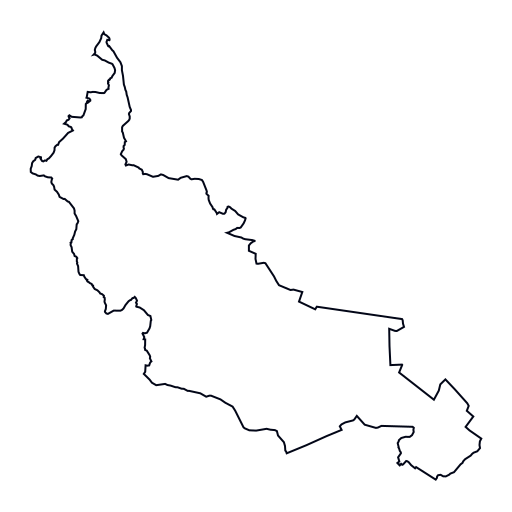 outline of Dalnic, Covasna, Romania
{"feature_id": "2599482B83392942067718", "entity_name": "Dalnic", "entity_type": "district", "adm_level": 2, "iso_a3": "ROU", "parent_name": "Romania", "parent_adm1": "Covasna", "projection": "mercator", "projection_center": [25.968, 45.934], "detail": "fine", "context": "isolated", "style": "outline", "palette": "ink", "viewbox_px": 512, "rotation_deg": 0, "n_neighbors": 0, "source": "geoboundaries", "source_scale": "gbopen_adm2", "svg_char_len": 5913}
<svg xmlns="http://www.w3.org/2000/svg" viewBox="0 0 512 512"><path d="M435.7,479.6L436.9,477.9L437.1,476.5L438.1,475.2L440.6,474.8L443.2,476.3L445.8,476.4L449.2,474.7L450.3,473.6L454.0,472.2L460.6,464.3L462.5,462.9L463.2,461.3L465.1,459.2L470.7,455.6L472.1,453.9L473.6,452.7L477.3,451.3L480.0,448.1L479.5,445.0L479.9,441.3L481.3,438.6L469.5,430.4L465.6,426.9L473.3,416.5L466.8,410.8L468.7,405.9L467.3,403.3L454.6,389.1L445.4,379.4L440.3,384.4L438.8,390.6L433.9,399.7L399.1,372.5L402.2,364.9L402.0,364.6L390.4,365.1L389.5,346.1L389.2,328.8L395.0,330.9L396.8,331.0L404.0,326.9L403.0,323.6L402.7,320.4L402.1,319.1L316.8,306.7L315.2,309.3L299.0,301.6L302.3,292.0L293.5,289.6L290.5,290.0L279.0,285.2L276.2,280.8L274.0,276.4L265.4,263.2L263.7,262.8L257.9,263.8L256.5,263.6L255.5,258.9L255.7,253.8L248.9,250.8L248.9,245.5L250.7,243.3L253.5,241.3L255.3,241.0L252.4,240.1L245.2,239.2L243.2,238.6L241.4,237.5L234.5,236.0L227.1,232.8L229.0,232.3L233.5,229.8L235.6,229.1L237.2,227.9L239.5,228.0L240.7,227.5L243.6,223.4L245.0,220.4L245.6,218.3L245.4,217.9L243.3,217.3L238.1,214.4L235.2,211.0L231.4,208.6L230.2,207.3L228.6,206.5L227.6,206.8L227.3,208.2L226.2,209.6L225.6,212.3L224.4,213.7L223.0,213.8L219.2,212.2L217.0,213.9L216.8,213.1L214.3,209.3L213.4,209.3L213.0,208.8L212.5,207.1L210.1,203.5L208.7,199.9L208.5,198.0L208.6,195.8L206.4,193.7L206.4,193.0L206.9,191.9L206.5,190.4L203.1,181.8L201.9,180.0L198.8,179.0L194.7,178.8L191.5,179.3L190.4,178.8L188.4,176.6L186.7,176.1L180.7,177.8L178.1,179.7L168.6,178.1L163.2,175.0L160.9,174.4L158.3,175.9L153.0,176.8L146.9,174.2L145.1,173.9L143.2,174.2L142.8,173.5L142.8,171.9L141.8,169.7L139.2,168.4L138.7,167.6L133.6,165.2L132.5,165.3L128.6,164.5L125.9,165.5L125.4,164.4L126.6,161.8L125.8,159.1L121.6,155.4L120.8,154.2L122.2,151.2L123.6,149.6L123.9,148.5L123.6,147.7L123.6,146.1L124.7,144.9L124.8,142.1L126.0,141.3L124.0,137.8L122.8,132.6L122.1,131.5L122.1,127.3L122.8,125.9L128.3,121.0L129.3,119.7L129.7,118.5L129.7,116.4L128.9,114.0L129.2,113.0L131.0,111.0L131.0,110.0L129.7,106.9L127.6,97.4L126.7,94.8L126.2,91.5L125.4,89.9L124.8,87.1L123.9,84.6L123.0,75.9L121.9,70.2L121.9,66.1L120.4,62.2L117.0,57.7L113.4,51.2L112.3,50.3L109.2,46.1L108.6,46.4L108.2,46.1L106.6,42.7L106.5,42.0L107.3,39.8L109.4,40.2L109.6,39.8L109.4,38.4L109.0,37.7L106.5,35.4L104.3,34.2L103.6,32.4L101.5,35.6L101.2,38.2L99.4,42.1L96.1,46.5L95.3,48.1L94.8,50.0L95.2,51.5L95.2,52.9L93.7,54.6L94.4,54.4L97.2,55.6L102.2,59.8L104.7,60.4L108.7,62.6L111.8,63.7L112.5,64.2L114.5,68.0L115.1,70.2L114.7,72.9L112.4,76.0L111.6,77.7L110.3,78.3L109.9,79.4L109.4,79.4L108.8,79.9L108.9,80.3L108.1,80.8L108.0,81.5L108.4,82.5L108.0,82.9L108.0,83.5L108.9,85.2L108.4,87.9L108.6,88.8L106.6,89.8L104.4,92.9L103.8,93.1L99.7,93.0L95.5,92.0L92.7,91.9L90.7,92.3L87.7,91.9L86.7,97.3L86.5,97.7L89.4,98.6L90.3,99.9L90.3,100.7L88.3,102.3L88.1,100.9L87.7,100.7L87.0,101.8L86.8,102.9L85.8,104.0L85.7,109.1L83.4,115.4L82.2,116.4L81.8,117.3L80.5,117.5L71.7,116.8L69.4,115.3L68.6,116.0L68.6,116.6L69.6,118.3L68.5,119.8L66.8,120.4L66.0,122.0L64.1,123.7L66.8,124.5L67.7,125.0L68.7,126.3L70.9,127.0L71.4,127.5L71.9,129.1L72.9,130.5L68.1,132.9L63.0,138.6L59.1,142.1L58.1,144.8L57.2,144.8L55.5,146.2L54.6,147.6L54.5,150.2L53.6,152.7L51.0,156.1L48.9,158.4L47.4,159.2L46.4,160.8L45.0,160.4L43.3,161.4L42.1,161.0L40.5,158.6L41.0,158.1L41.0,157.3L38.3,156.5L35.7,158.0L35.2,159.8L33.2,161.3L32.1,163.1L31.7,166.1L30.7,168.8L30.8,172.0L32.6,173.4L35.8,174.4L37.6,175.6L39.7,176.0L43.8,175.4L44.9,176.3L47.9,177.3L51.3,177.5L52.2,178.6L51.8,179.5L51.3,182.0L51.8,183.5L53.5,185.3L54.1,186.8L54.6,189.6L57.0,191.8L58.8,194.6L59.6,196.9L63.5,199.0L64.7,198.9L67.7,201.5L68.9,201.8L74.0,208.4L74.6,210.7L74.6,213.5L76.1,216.0L78.3,221.2L77.5,223.3L76.7,224.3L76.3,229.2L75.1,231.5L74.3,234.8L72.7,238.4L72.8,239.1L71.6,240.1L71.4,242.4L70.6,242.7L70.8,243.5L70.6,244.3L70.7,245.4L71.6,247.2L72.2,251.7L74.1,254.0L74.6,256.0L76.3,256.7L77.2,258.0L76.9,258.2L76.8,261.3L77.3,262.5L77.0,263.6L78.1,266.1L78.5,271.8L79.4,273.9L80.2,275.0L83.8,275.2L84.3,276.6L85.9,279.0L87.3,279.8L86.9,280.6L87.7,281.7L88.4,281.8L89.7,283.0L91.7,284.0L92.3,285.4L93.1,285.6L93.1,286.7L94.7,289.0L97.4,290.3L99.5,292.3L100.2,293.5L102.0,294.1L103.9,295.7L103.7,297.1L104.6,297.7L104.8,299.6L104.5,301.3L104.7,302.5L106.1,305.3L105.8,309.0L104.9,311.3L105.1,312.1L106.4,313.5L107.9,313.9L113.7,310.6L120.3,310.7L121.9,310.0L123.5,308.5L125.5,305.0L128.6,301.2L130.2,300.1L130.9,300.0L132.5,298.1L133.6,298.0L134.7,296.9L135.8,298.1L137.0,300.7L136.0,302.7L136.9,304.0L136.2,306.3L136.4,306.7L139.7,307.5L143.9,310.2L147.9,315.0L150.4,316.0L151.3,320.0L150.8,320.8L150.2,326.2L149.5,328.4L147.0,332.7L144.9,333.3L143.0,332.9L142.5,333.6L144.3,337.1L143.6,339.2L145.2,339.4L145.1,345.1L144.6,347.8L145.0,348.5L145.1,349.9L146.8,350.7L149.7,355.3L150.2,356.7L149.9,358.3L151.4,361.4L150.8,361.8L150.0,362.9L149.2,365.4L147.3,365.7L145.6,365.3L145.2,371.8L143.8,373.9L149.6,379.6L151.9,382.7L156.2,385.2L165.1,383.9L167.4,385.0L170.6,385.6L175.4,387.2L177.6,387.3L181.6,388.7L183.8,388.8L187.7,390.9L189.3,390.9L200.3,393.3L206.2,396.7L209.3,395.7L211.1,395.7L220.5,399.4L225.4,402.8L232.6,406.6L235.2,410.7L243.5,427.3L244.7,428.3L249.3,430.3L256.2,430.6L266.6,428.8L270.4,429.7L274.9,430.1L276.9,431.1L278.0,435.5L283.9,442.2L285.0,446.0L285.3,450.6L286.1,451.5L286.7,453.3L306.4,445.2L326.6,436.1L341.6,429.9L339.8,426.3L341.5,424.4L345.3,422.4L353.1,420.4L354.3,419.5L356.8,415.9L364.7,424.7L375.9,427.9L377.8,427.6L381.4,425.9L412.6,426.8L413.8,427.8L413.4,429.8L413.7,432.0L412.0,435.2L409.7,436.9L405.5,436.8L401.3,438.0L398.9,440.2L398.7,441.4L397.7,443.1L398.7,447.3L398.5,447.5L399.2,448.8L399.8,450.9L400.8,452.3L400.9,453.3L398.1,457.3L399.3,461.4L397.4,463.0L399.4,465.1L399.6,464.8L399.9,465.2L401.1,463.8L402.2,464.8L403.1,464.4L406.2,461.0L407.4,461.3L408.7,462.2L411.2,465.2L415.1,468.3L416.1,467.1L435.7,479.6Z" fill="none" stroke="#020617" stroke-width="2"/></svg>